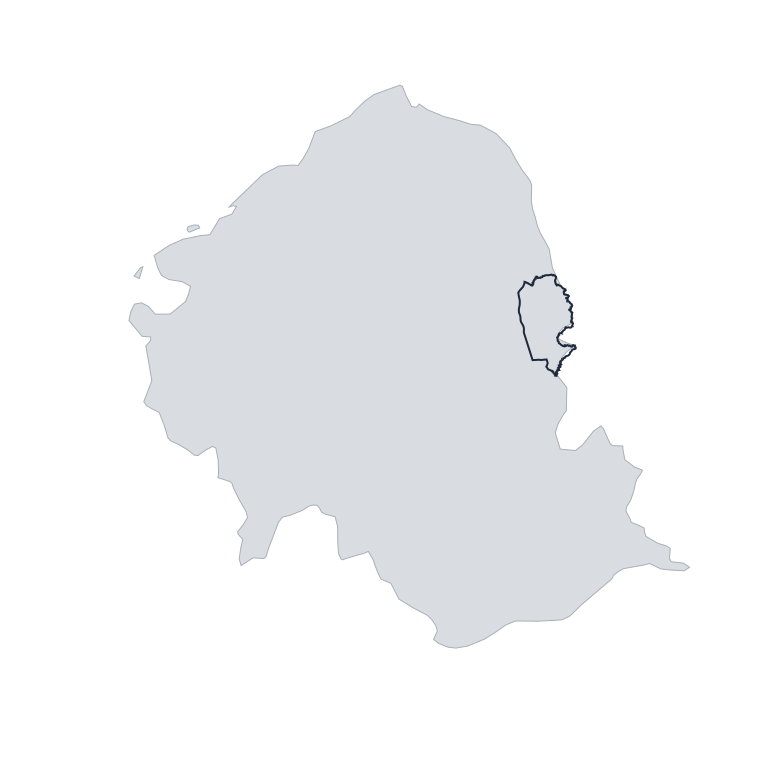 Choam Ksant, Preah Vihéar, Cambodia (highlighted), rotated 72°
{"feature_id": "14789045B63447960105110", "entity_name": "Choam Ksant", "entity_type": "district", "adm_level": 2, "iso_a3": "KHM", "parent_name": "Cambodia", "parent_adm1": "Preah Vihéar", "projection": "albers", "projection_center": [104.9, 14.186], "detail": "fine", "context": "in_parent", "style": "outline", "palette": "slate", "viewbox_px": 768, "rotation_deg": 72, "n_neighbors": 0, "source": "geoboundaries", "source_scale": "gbopen_adm2", "svg_char_len": 8497}
<svg xmlns="http://www.w3.org/2000/svg" viewBox="0 0 768 768"><g transform="rotate(72 384 384)"><path d="M652.7,150.1L654.4,156.1L650.1,167.4L645.5,177.8L636.8,186.8L636.4,193.4L633.6,213.2L634.8,219.4L636.9,224.8L639.8,227.6L647.7,246.8L654.9,264.3L662.0,278.6L663.3,287.7L657.2,310.8L650.0,332.1L650.8,342.7L654.1,353.2L657.7,367.3L659.1,385.3L657.4,397.1L654.1,404.4L647.8,412.0L642.2,415.8L635.5,409.6L630.1,409.3L622.9,411.3L617.3,414.3L605.9,425.4L593.3,436.2L575.6,439.1L568.8,447.1L561.5,448.2L547.5,448.7L538.4,450.6L538.8,454.6L538.2,473.4L538.4,477.8L537.0,479.0L530.7,479.6L520.0,476.8L505.4,472.2L495.1,471.5L489.8,479.8L486.7,483.0L482.8,483.5L478.7,485.0L477.3,488.6L477.0,493.2L479.0,501.0L479.8,513.5L479.3,522.0L483.2,527.3L505.4,545.2L512.0,549.7L512.8,552.4L508.9,562.2L512.5,576.0L505.5,575.8L493.9,569.9L488.3,566.3L481.6,569.2L479.2,568.7L474.7,561.9L468.7,555.0L462.6,554.6L449.6,557.4L436.4,559.3L431.4,559.3L429.3,560.5L421.7,570.9L418.4,569.1L405.1,565.2L392.9,563.7L390.4,566.4L391.9,574.8L394.6,583.0L393.0,586.5L386.3,590.8L377.5,598.6L372.0,604.6L368.3,606.1L354.8,605.8L341.4,606.6L336.0,612.3L330.9,616.7L326.6,617.9L309.1,603.8L274.3,598.7L270.5,592.5L267.2,591.3L263.9,599.3L244.8,607.0L236.8,602.3L230.9,596.6L231.9,589.6L237.4,584.0L246.9,580.0L251.4,565.7L244.3,547.4L238.0,542.0L231.3,537.8L224.2,544.5L218.3,556.1L212.0,562.1L203.3,563.3L190.6,562.8L185.8,545.4L184.2,530.4L186.1,513.5L188.1,503.4L176.0,489.4L175.4,476.2L169.5,469.3L167.8,472.7L167.9,476.5L166.2,473.7L147.3,434.7L144.2,416.7L147.7,402.8L149.6,398.2L144.2,390.8L136.4,382.5L122.7,371.5L122.0,354.3L119.1,333.9L115.0,327.1L108.9,314.5L105.6,304.1L104.7,276.7L106.5,274.5L116.2,273.9L128.7,272.0L130.8,267.6L128.6,264.0L136.7,257.8L148.2,244.4L157.2,230.3L163.7,221.4L167.5,212.5L180.5,200.0L198.3,191.5L210.3,189.5L222.8,186.6L234.9,182.5L240.5,182.1L255.4,187.3L263.4,188.6L271.9,188.6L280.7,189.2L288.3,188.7L306.6,185.2L325.9,188.0L343.2,185.8L364.6,181.8L375.1,184.3L384.7,188.5L386.0,196.8L388.2,200.6L391.4,203.5L395.7,203.5L401.1,197.7L405.7,191.7L407.1,190.6L407.4,193.6L409.7,200.0L413.7,206.4L417.9,210.7L424.8,216.3L429.2,216.6L443.9,211.2L465.8,218.9L468.4,222.7L475.5,230.6L483.3,236.2L500.4,236.5L506.4,222.6L503.4,214.1L493.6,199.4L490.9,190.7L494.0,189.2L510.5,187.4L513.2,185.7L516.8,176.1L521.3,177.2L530.4,178.3L540.1,171.7L545.8,164.8L548.9,167.9L552.4,172.7L556.1,175.5L563.1,179.6L570.8,185.4L575.6,191.0L579.5,193.2L589.3,191.5L591.9,191.7L597.6,184.8L601.5,181.0L604.9,182.0L609.9,181.9L620.0,172.9L625.8,164.8L629.0,162.6L638.2,166.5L641.8,165.7L647.0,154.5L652.7,150.1ZM179.4,522.4L177.5,523.4L175.7,523.4L173.9,521.8L174.1,515.5L175.5,511.7L178.6,511.0L179.4,522.4ZM208.1,584.1L204.1,588.3L198.0,579.5L198.0,577.1L208.1,584.1Z" fill="#d9dde1" stroke="#a8b0b8" stroke-width="1"/><path d="M429.4,217.3L429.2,217.2L429.0,217.3L428.4,216.7L428.1,216.8L427.9,216.8L427.6,217.1L427.4,217.1L427.2,216.9L427.2,217.1L426.8,216.8L426.9,216.5L426.5,216.7L426.6,217.0L426.4,217.0L426.4,216.8L426.0,216.8L426.0,216.7L425.9,216.6L425.5,216.1L425.6,215.9L425.5,215.5L425.3,215.6L425.2,215.4L425.0,215.2L424.8,215.1L424.5,214.9L424.6,214.4L424.4,214.6L424.1,214.5L423.9,214.2L423.7,214.1L423.6,213.7L423.2,213.3L423.4,213.1L422.9,213.1L422.8,212.9L422.6,213.0L422.6,212.9L422.4,212.7L422.0,212.4L422.4,212.0L422.3,211.9L422.3,211.7L422.2,211.7L422.0,211.4L421.7,211.5L421.8,211.3L422.0,211.2L422.1,210.9L421.7,210.7L421.2,210.6L421.1,210.4L420.8,210.4L420.7,210.4L420.8,210.6L420.6,210.6L420.4,210.8L420.4,210.6L420.1,210.5L420.1,210.4L419.9,210.4L419.9,210.2L419.8,210.3L419.7,210.2L419.5,210.3L419.3,210.3L419.2,210.1L419.3,209.9L419.2,209.8L419.3,209.7L418.9,209.5L418.8,209.4L418.3,209.8L417.9,209.6L417.6,209.7L417.5,209.4L416.9,209.1L416.9,208.6L416.8,208.2L416.4,207.2L415.8,207.0L416.0,206.8L416.0,206.3L415.5,205.8L415.1,205.7L414.9,205.4L415.0,204.4L414.8,204.2L414.9,203.6L414.7,203.4L414.1,203.1L414.1,202.4L413.8,202.1L413.9,200.8L413.9,200.0L413.2,198.5L412.8,198.0L411.8,197.5L411.5,197.3L411.2,196.4L410.8,195.7L410.7,195.5L409.8,194.7L409.6,194.2L409.5,193.7L409.6,193.4L409.5,192.7L409.7,192.0L409.5,191.6L409.6,191.0L408.9,190.4L408.2,190.5L407.4,191.1L407.0,191.0L406.4,190.6L406.3,190.8L405.9,191.5L405.6,191.8L405.6,192.1L405.5,192.7L406.4,193.3L406.5,193.5L406.5,194.0L406.2,194.5L405.9,194.7L405.7,195.1L405.0,195.4L404.8,195.5L404.7,196.8L404.1,197.0L403.8,197.3L403.7,198.1L404.0,199.0L403.1,199.7L403.0,200.0L403.8,200.0L404.1,200.2L404.1,200.6L403.9,200.9L403.4,201.6L403.3,201.9L402.9,202.4L402.0,203.0L401.3,203.7L400.0,204.2L399.4,205.0L398.7,205.1L398.3,204.9L397.7,204.8L396.9,205.4L396.5,205.5L395.9,205.1L394.2,205.0L393.1,204.9L392.8,204.1L392.7,203.6L392.4,203.5L391.7,203.2L391.2,202.8L391.1,202.6L391.2,202.4L390.7,202.4L390.3,202.0L390.0,201.2L390.1,200.9L390.2,200.7L390.3,200.2L390.7,199.5L390.0,199.6L389.5,198.6L389.5,198.2L389.2,198.0L388.4,196.6L388.3,195.7L388.1,195.4L387.9,195.1L386.9,194.4L386.2,193.7L386.3,193.4L386.9,193.3L387.0,193.2L387.1,192.7L387.0,192.0L387.1,191.6L387.1,191.0L387.7,190.1L388.1,188.9L388.0,188.5L387.3,187.6L387.2,187.4L387.3,187.0L386.8,187.1L386.1,186.4L385.5,186.2L385.1,185.7L384.9,185.6L384.6,185.6L384.2,186.0L383.6,185.7L383.4,185.7L383.3,185.9L383.2,186.7L383.1,186.8L382.8,186.8L382.2,186.7L381.7,186.4L381.2,185.6L380.8,185.5L379.9,184.9L379.6,184.6L379.3,184.9L379.0,184.9L377.9,184.8L377.4,184.4L377.2,184.1L376.7,184.1L375.9,183.7L375.0,183.4L374.6,183.0L374.3,182.8L374.0,183.0L373.3,183.8L373.2,183.8L373.0,183.5L372.9,183.5L372.6,183.9L372.3,184.0L371.1,184.4L371.0,184.9L370.8,185.0L370.5,184.9L370.3,184.6L370.5,184.0L370.4,183.7L370.4,183.1L369.7,182.7L368.8,182.8L368.8,182.4L368.6,181.6L367.7,180.8L367.5,180.7L365.9,181.0L364.5,182.0L363.3,182.2L362.2,183.2L362.3,183.6L362.0,183.9L362.0,184.2L361.8,184.2L361.5,183.8L361.1,183.7L360.6,183.3L360.4,183.2L359.6,183.4L358.9,184.3L358.5,184.2L358.4,184.0L358.8,182.6L358.7,182.3L357.9,181.7L357.7,181.1L357.2,181.0L356.7,181.3L356.1,181.8L355.9,182.4L355.2,183.2L355.2,183.8L354.9,184.2L354.7,184.7L354.2,185.0L352.0,184.7L351.3,183.8L351.6,183.5L351.3,182.5L351.0,182.2L350.1,182.2L348.6,183.9L347.2,184.9L346.0,185.2L345.2,185.9L344.6,186.8L343.6,187.4L343.5,187.6L343.7,189.2L343.5,189.3L343.3,189.3L342.6,189.0L342.2,189.3L342.1,189.7L341.6,189.8L340.5,189.7L340.0,189.4L339.1,189.6L338.9,189.6L338.4,189.2L337.8,189.0L336.8,187.9L335.1,187.3L334.8,187.6L333.6,188.1L333.1,188.6L332.7,189.1L333.0,189.6L332.9,190.0L332.2,190.5L331.8,190.7L331.5,192.6L331.6,192.8L331.5,193.1L331.5,193.4L331.4,193.9L331.3,194.1L331.1,194.8L330.8,195.3L330.7,196.3L330.4,197.3L330.8,197.8L330.5,198.7L330.7,199.2L330.7,199.5L330.6,199.8L330.4,199.9L330.5,200.1L331.0,200.4L330.9,200.5L331.2,201.0L331.2,201.3L331.2,201.7L331.0,202.0L331.4,202.6L331.3,202.8L331.1,202.9L331.0,203.1L330.8,203.9L330.6,204.2L330.8,204.5L330.7,205.0L330.3,205.2L330.2,205.3L329.9,205.3L329.7,205.2L329.3,205.2L329.1,205.5L329.1,205.9L329.5,206.2L329.3,206.3L329.5,206.5L329.9,206.5L330.1,206.7L329.9,207.0L330.3,207.1L330.1,207.3L330.7,207.7L330.7,208.0L331.0,208.2L330.9,208.3L331.2,208.9L331.6,208.9L332.0,209.2L332.2,209.5L332.2,209.9L332.7,210.1L332.8,210.3L333.0,210.4L333.0,210.2L333.1,210.3L333.3,210.4L333.3,210.5L333.5,210.7L333.9,210.7L334.0,210.9L333.9,211.2L334.2,211.2L334.2,211.3L334.6,211.2L334.7,211.4L335.0,211.4L335.0,211.5L335.5,211.8L335.8,212.0L335.7,212.2L335.7,212.3L336.0,212.3L336.1,212.5L335.9,212.6L335.8,213.2L335.2,213.2L335.1,213.5L335.1,213.9L334.8,214.0L334.4,214.4L334.1,214.8L333.7,215.2L333.0,215.5L332.4,216.6L331.9,216.7L331.3,217.5L331.1,217.7L331.1,217.8L330.7,218.0L330.6,218.6L330.4,218.8L331.0,219.0L332.0,219.6L333.8,221.1L334.7,222.0L336.9,225.9L338.2,227.5L338.7,228.1L341.2,228.5L346.7,229.1L348.5,229.7L350.7,230.5L353.9,232.3L354.8,232.7L355.7,233.0L357.5,233.5L358.1,233.5L361.1,233.4L361.8,233.4L365.2,234.3L366.6,234.5L367.6,234.5L369.2,234.1L371.7,233.6L374.0,233.7L375.3,234.0L377.2,234.8L378.5,235.1L407.2,235.3L408.8,229.2L409.4,227.9L410.1,225.7L410.3,224.1L410.6,223.4L410.9,221.8L413.9,221.8L414.7,221.9L415.0,222.1L415.4,222.4L416.7,223.3L417.7,224.3L418.6,223.9L420.2,223.6L420.8,223.4L422.1,221.7L423.2,220.7L423.3,220.4L423.7,220.4L423.8,219.6L424.5,219.4L424.6,219.5L424.9,219.3L425.6,219.5L426.0,219.3L426.4,219.3L426.7,219.1L427.1,218.7L427.5,218.4L428.2,218.4L428.5,218.6L428.7,218.4L429.0,218.5L429.1,217.8L429.3,217.7L429.3,217.4L429.4,217.3Z" fill="none" stroke="#1e293b" stroke-width="2"/></g></svg>